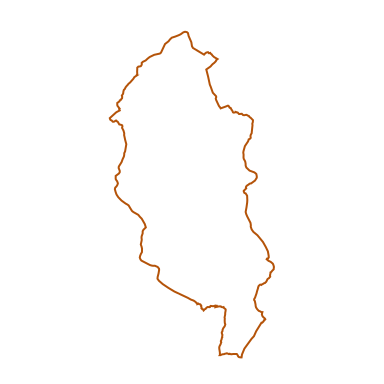 the district of Bucosnita, Caras-Severin, Romania, rotated 278°
{"feature_id": "2599482B80081706534230", "entity_name": "Bucosnita", "entity_type": "district", "adm_level": 2, "iso_a3": "ROU", "parent_name": "Romania", "parent_adm1": "Caras-Severin", "projection": "albers", "projection_center": [22.186, 45.297], "detail": "fine", "context": "isolated", "style": "outline", "palette": "amber", "viewbox_px": 384, "rotation_deg": 278, "n_neighbors": 0, "source": "geoboundaries", "source_scale": "gbopen_adm2", "svg_char_len": 5967}
<svg xmlns="http://www.w3.org/2000/svg" viewBox="0 0 384 384"><g transform="rotate(278 192 192)"><path d="M327.2,198.8L328.6,195.3L329.3,194.2L330.3,192.9L331.0,192.4L331.6,191.1L332.3,190.7L331.8,189.4L332.7,188.4L332.1,186.8L331.0,185.7L329.7,184.8L334.7,173.0L336.3,171.7L340.2,170.5L346.1,166.9L348.8,165.9L349.6,164.7L349.7,162.8L348.9,161.2L346.6,158.8L345.4,157.0L343.6,153.8L342.0,150.5L340.1,149.0L338.0,147.8L334.8,144.7L325.7,141.9L324.6,140.9L322.6,135.5L319.8,131.3L317.9,129.5L315.8,127.8L314.0,125.1L312.8,124.2L312.0,124.4L311.2,124.5L310.5,124.3L309.5,123.8L309.1,122.9L308.9,122.2L308.7,121.4L307.5,120.5L305.9,120.7L303.6,120.9L301.6,121.3L300.8,121.2L299.8,120.8L299.8,121.2L297.7,118.9L296.0,118.2L291.9,115.5L290.1,113.9L289.4,113.6L288.0,112.6L286.3,111.6L284.8,111.2L283.6,110.3L282.2,110.1L279.7,110.1L277.7,109.1L276.7,109.6L275.1,109.7L274.4,109.1L274.0,109.1L273.3,108.7L273.2,108.4L272.6,107.7L271.7,107.6L269.8,105.6L268.2,105.8L267.1,106.1L264.5,108.7L264.0,108.3L262.7,109.1L261.1,106.8L260.3,105.8L253.7,100.3L252.6,100.8L252.0,101.3L251.6,102.6L250.6,103.7L250.7,104.8L251.3,105.7L252.1,106.5L252.2,107.1L251.6,107.6L251.2,108.7L248.8,110.6L248.7,112.1L248.3,113.6L247.1,114.0L245.8,113.8L243.3,115.6L240.8,116.7L238.7,116.9L238.3,117.1L234.2,118.6L230.2,120.3L222.9,120.1L221.0,119.5L219.3,119.7L217.6,119.6L214.7,118.7L211.8,118.1L207.1,116.0L205.6,116.0L202.9,117.5L201.6,117.7L200.2,117.1L197.3,114.2L194.3,114.6L193.2,115.4L192.2,116.4L190.3,117.4L189.0,117.2L187.8,116.8L186.7,116.2L185.7,115.4L184.1,115.2L181.5,116.3L179.0,117.6L176.5,119.8L173.7,123.4L171.3,127.9L170.7,129.5L169.9,131.1L167.4,133.1L164.9,135.2L164.0,136.7L161.9,142.0L160.2,143.8L158.6,145.9L153.7,149.7L150.5,151.2L147.9,149.2L146.3,148.6L144.1,148.9L141.1,148.3L139.5,148.4L138.2,148.8L137.0,148.9L132.9,148.6L131.0,149.6L128.9,150.4L125.5,150.8L123.5,150.0L121.5,149.5L119.8,149.4L118.0,150.4L117.0,151.5L113.8,160.6L113.6,161.8L113.5,163.0L113.6,164.3L113.8,165.5L113.0,168.4L111.5,170.0L110.2,170.3L106.6,170.2L103.0,169.8L101.3,169.9L99.5,171.6L96.7,175.9L93.7,182.1L91.0,188.4L86.6,202.6L85.3,205.9L84.7,208.7L83.6,210.9L82.4,212.2L82.2,212.6L82.3,212.8L81.7,212.9L82.3,214.0L81.9,214.8L81.9,215.9L80.7,217.0L80.1,216.9L79.7,217.1L79.2,217.5L78.8,217.6L78.2,217.5L77.3,218.6L77.3,218.8L77.4,219.1L77.3,219.3L77.0,219.6L76.3,220.0L76.5,220.2L77.3,220.6L77.7,221.0L78.1,221.7L79.2,222.3L80.0,223.1L80.3,223.6L80.4,225.4L80.6,225.7L80.9,225.6L81.1,225.7L81.3,226.1L81.8,226.4L81.8,226.6L81.8,228.2L81.8,228.5L82.0,228.9L82.0,229.6L82.0,229.9L82.8,230.8L82.8,231.0L82.6,231.6L82.8,232.1L82.8,232.3L82.6,232.3L82.2,231.6L81.9,231.2L81.5,231.2L81.2,231.2L81.8,232.6L81.9,233.2L82.3,234.0L82.6,235.3L82.7,236.0L82.5,236.3L82.6,236.8L82.2,237.4L82.1,238.3L82.2,239.0L82.4,239.3L81.5,239.9L80.8,241.2L80.5,241.6L80.3,241.7L79.1,241.8L76.9,241.7L75.2,241.9L72.3,241.7L71.2,242.1L69.6,242.2L67.4,242.6L66.4,242.9L65.8,243.3L65.6,243.4L64.9,243.3L63.4,243.0L63.1,242.8L61.9,242.1L60.4,241.6L60.1,241.5L58.3,241.5L57.2,241.0L56.3,241.2L55.4,241.6L54.8,242.0L52.9,242.0L52.3,242.2L51.8,241.9L50.1,241.8L48.3,241.3L47.3,241.9L46.8,241.7L45.7,241.6L45.0,241.4L43.0,240.7L41.9,240.6L40.3,240.9L39.1,241.3L36.7,242.0L35.1,242.2L34.5,242.4L34.3,242.3L34.4,243.0L35.0,243.7L35.7,245.3L35.8,246.1L36.0,246.5L36.5,247.3L36.8,248.4L37.1,248.8L37.1,249.2L36.9,250.1L36.6,251.1L36.7,251.4L37.0,251.7L37.1,251.9L36.8,252.5L36.9,253.3L36.8,253.6L36.9,254.0L37.1,254.6L37.3,255.3L37.5,256.9L37.6,257.5L37.8,258.9L37.2,259.5L36.4,260.2L36.0,260.3L35.3,261.0L35.0,261.7L35.0,262.0L35.0,262.3L35.0,263.5L35.1,264.1L38.0,264.1L44.2,265.7L54.9,271.4L57.8,273.4L63.0,274.9L72.3,279.0L72.3,279.7L73.9,280.9L74.3,280.9L75.0,281.1L75.1,281.6L76.2,282.3L76.9,281.7L77.9,280.2L78.5,279.4L79.1,278.9L80.6,278.2L82.8,278.4L82.7,277.8L82.8,277.3L83.3,276.0L83.6,274.7L84.1,274.0L85.0,272.9L86.6,271.5L88.0,270.9L89.4,270.6L92.2,269.6L92.9,269.3L93.6,268.6L94.0,268.5L94.7,268.5L96.3,269.2L97.1,269.3L100.5,270.0L102.6,270.2L106.2,270.8L106.5,270.7L108.3,271.1L108.6,271.3L108.9,271.7L109.4,272.0L109.7,272.3L109.8,272.6L109.8,273.1L109.6,273.3L109.0,273.1L110.1,273.9L110.5,274.7L111.6,275.9L111.8,276.4L112.1,277.0L112.7,277.3L113.0,277.7L113.7,278.1L115.9,278.8L116.4,279.0L117.5,280.3L118.2,280.6L118.9,281.2L119.3,281.2L120.4,280.8L122.0,281.0L122.7,281.0L123.0,280.9L123.3,280.9L123.8,281.6L125.5,282.6L126.3,283.3L126.8,283.6L127.1,283.7L127.9,283.5L129.1,283.6L130.8,282.9L132.3,282.0L133.8,279.6L134.5,277.3L135.8,275.3L136.6,275.7L136.8,276.6L137.9,277.1L139.5,276.8L143.8,275.4L147.7,272.8L152.4,269.2L158.3,262.8L161.0,258.4L163.2,256.3L165.8,255.0L167.2,254.9L168.0,254.7L169.6,254.2L175.6,250.0L177.6,248.8L179.7,247.9L184.5,248.1L189.3,248.1L191.7,247.9L196.0,247.1L198.1,245.3L198.3,244.1L199.6,243.2L200.5,243.1L200.9,243.5L203.2,245.2L204.1,244.7L205.1,244.9L206.4,245.9L207.2,247.0L208.1,247.7L208.6,248.6L208.7,249.3L212.1,252.8L215.0,254.1L215.9,254.1L217.4,253.7L218.9,253.1L220.1,251.1L221.2,246.0L223.8,242.4L225.5,241.5L227.7,241.1L229.7,240.4L232.1,238.6L233.4,238.2L236.1,237.9L238.1,237.3L239.6,237.3L244.8,238.0L249.8,240.4L250.9,240.7L252.0,240.8L252.8,242.0L253.8,242.6L255.6,242.1L257.1,242.3L258.4,242.9L266.8,242.6L267.8,242.2L269.7,242.5L271.6,242.4L273.8,239.6L274.0,239.0L274.3,238.5L275.2,237.7L275.2,237.2L276.0,235.3L275.9,234.7L275.3,233.0L275.3,231.9L276.4,230.4L275.8,228.1L275.8,227.6L277.0,226.3L277.1,225.7L277.0,225.8L277.1,224.9L277.0,223.7L276.7,223.1L276.4,222.4L276.6,221.5L278.1,220.6L278.6,220.2L279.0,219.6L279.6,219.3L280.6,218.6L280.7,218.2L280.6,217.8L280.9,217.3L281.3,217.1L282.2,216.4L282.5,215.8L282.5,215.5L281.2,213.3L278.8,208.7L279.9,207.9L280.3,207.3L281.1,206.6L286.5,203.1L287.8,202.5L289.4,202.8L290.2,202.5L290.8,201.8L293.2,198.8L298.8,195.9L300.8,194.7L308.5,191.9L315.3,189.1L318.9,192.9L320.8,194.1L321.7,194.8L322.9,196.0L324.8,197.4L326.0,197.7L327.2,198.8Z" fill="none" stroke="#b45309" stroke-width="2"/></g></svg>